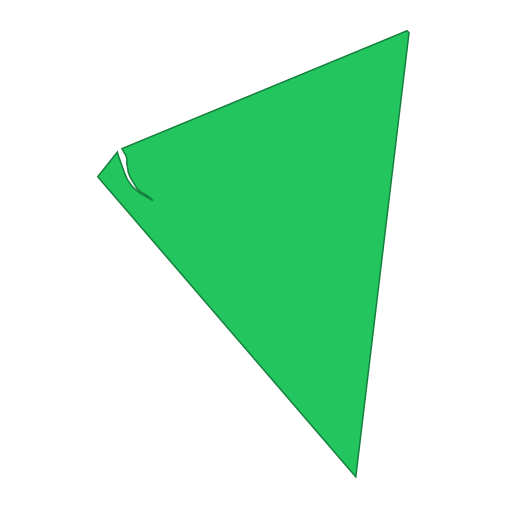 the district of Ngesias, Peleliu, Palau, rotated 269°
{"feature_id": "81905179B61182383580434", "entity_name": "Ngesias", "entity_type": "district", "adm_level": 2, "iso_a3": "PLW", "parent_name": "Palau", "parent_adm1": "Peleliu", "projection": "mercator", "projection_center": [134.244, 7.006], "detail": "fine", "context": "isolated", "style": "filled", "palette": "green", "viewbox_px": 512, "rotation_deg": 269, "n_neighbors": 0, "source": "geoboundaries", "source_scale": "gbopen_adm2", "svg_char_len": 481}
<svg xmlns="http://www.w3.org/2000/svg" viewBox="0 0 512 512"><g transform="rotate(269 256 256)"><path d="M365.7,123.8L362.9,125.3L358.5,127.8L354.3,128.7L351.5,128.3L348.9,128.8L341.7,129.8L336.7,131.7L332.5,134.1L326.0,137.9L322.2,141.7L319.3,146.6L315.9,151.4L313.2,153.8L320.5,141.6L325.9,135.2L329.2,132.4L334.5,128.8L342.4,125.6L357.7,120.5L362.4,119.2L338.0,99.1L33.4,351.9L476.5,412.9L478.6,411.0L365.7,123.8Z" fill="#22c55e" stroke="#15803d" stroke-width="1.5"/></g></svg>